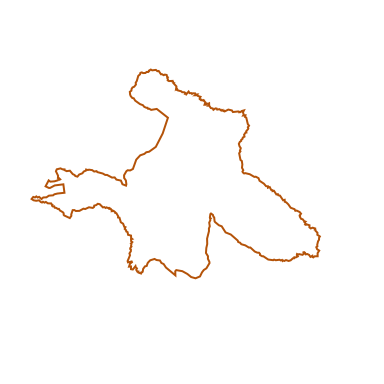 the district of Sekyere Afram Plains North, Ashanti, Ghana, rotated 26°
{"feature_id": "2480657B37542209080123", "entity_name": "Sekyere Afram Plains North", "entity_type": "district", "adm_level": 2, "iso_a3": "GHA", "parent_name": "Ghana", "parent_adm1": "Ashanti", "projection": "orthographic", "projection_center": [-0.752, 7.211], "detail": "fine", "context": "isolated", "style": "outline", "palette": "amber", "viewbox_px": 384, "rotation_deg": 26, "n_neighbors": 0, "source": "geoboundaries", "source_scale": "gbopen_adm2", "svg_char_len": 6031}
<svg xmlns="http://www.w3.org/2000/svg" viewBox="0 0 384 384"><g transform="rotate(26 192 192)"><path d="M57.9,251.1L61.6,251.1L62.6,250.6L65.7,246.3L73.0,241.5L77.7,248.6L71.7,252.4L69.3,254.4L68.6,255.9L65.0,258.0L63.5,260.6L60.7,262.1L59.8,264.3L56.7,263.4L55.7,264.6L54.0,264.2L53.3,265.7L51.5,266.0L50.9,268.6L53.2,268.9L55.8,268.2L58.2,266.5L60.4,267.3L61.8,267.2L62.3,266.1L64.1,266.2L65.0,265.0L67.4,265.4L70.4,264.0L71.5,264.8L72.1,264.7L72.3,265.7L73.2,266.0L74.5,265.3L75.5,266.3L77.0,265.8L78.7,266.1L79.8,265.5L81.3,266.5L84.8,266.8L85.9,267.3L86.7,268.8L87.4,269.1L93.6,269.0L94.0,266.3L93.3,265.1L92.7,260.6L94.2,259.8L95.9,260.0L99.1,258.3L101.7,254.6L103.5,254.1L106.1,250.9L109.8,249.8L110.5,248.4L110.1,247.1L111.6,245.8L112.5,243.9L114.4,243.4L118.7,244.9L119.8,244.0L121.4,244.2L121.9,243.3L123.9,243.2L124.4,242.6L125.7,242.7L125.6,243.2L126.6,242.9L127.1,243.4L128.5,243.4L128.5,244.3L130.0,243.4L131.8,243.8L132.1,244.4L133.3,244.2L136.2,246.1L136.7,247.3L138.1,246.9L141.3,250.4L144.0,250.7L146.4,253.0L147.6,252.8L147.7,254.7L149.6,255.3L150.2,256.3L151.7,256.3L153.3,258.5L156.3,257.9L157.5,260.1L158.8,260.4L157.9,261.2L158.9,262.9L160.3,263.2L159.8,264.8L160.2,264.8L160.9,267.3L161.5,267.6L161.1,269.5L161.4,270.3L162.3,270.5L163.0,272.0L162.7,274.6L164.0,276.0L164.4,282.3L165.3,283.3L168.2,280.9L168.8,281.4L167.7,283.5L168.1,286.7L169.8,285.7L171.0,288.1L172.8,287.6L173.7,283.4L174.6,284.5L176.0,284.8L176.0,286.4L177.9,287.6L178.7,287.0L179.2,287.9L181.9,287.6L181.7,286.4L182.5,285.9L182.6,285.2L181.8,282.5L182.3,279.5L183.7,278.3L183.3,275.5L183.6,274.0L184.4,271.7L187.7,268.6L189.9,268.7L193.2,267.6L195.6,269.2L198.1,269.2L201.7,271.3L213.6,274.2L211.7,270.6L212.1,269.1L218.0,267.4L223.8,267.7L228.5,268.8L233.0,268.0L236.2,264.4L236.2,259.9L236.8,256.9L238.4,254.3L238.9,248.2L238.2,247.1L235.6,245.1L234.5,242.7L231.3,240.7L229.4,236.0L228.5,232.1L226.0,227.3L224.4,219.7L223.2,217.4L223.0,215.0L220.9,212.0L220.8,209.1L219.7,207.7L220.1,207.4L219.2,207.0L218.2,203.8L218.5,203.0L220.8,203.4L222.1,204.8L223.1,205.1L225.1,208.4L225.9,208.9L230.8,210.1L233.7,209.8L239.9,213.6L245.5,213.2L254.4,215.6L255.5,216.7L257.4,216.5L259.2,217.3L263.3,216.6L267.5,217.0L268.8,216.3L274.5,218.0L277.2,217.9L278.9,217.2L280.2,217.8L280.7,218.8L283.3,219.0L284.3,218.5L290.1,219.3L294.9,217.7L295.4,216.8L297.2,216.6L300.4,214.5L301.8,214.6L302.7,213.6L303.6,214.2L303.8,213.6L305.2,213.5L306.3,212.0L309.1,211.6L310.6,210.2L311.8,207.3L312.8,206.8L312.6,205.8L313.9,205.4L315.3,203.5L313.8,202.7L313.6,201.7L314.9,201.7L315.5,200.9L318.9,200.0L319.6,198.5L318.6,197.4L319.1,196.9L320.3,197.1L321.5,198.2L322.8,197.2L324.8,197.2L326.9,198.4L328.1,196.6L328.8,197.6L329.7,197.6L330.3,196.1L333.1,194.7L331.7,191.9L332.0,188.9L329.6,188.6L327.9,187.1L328.5,185.8L327.7,184.6L326.9,181.1L327.1,179.2L326.3,177.5L326.4,175.9L323.4,175.5L322.6,173.6L320.0,172.7L319.4,171.7L318.8,171.9L318.6,170.8L316.1,171.2L314.7,172.7L313.0,172.3L312.2,170.4L309.3,170.8L308.8,171.6L308.0,171.6L308.2,170.7L306.3,169.8L306.8,168.9L305.6,169.0L303.4,168.0L301.8,168.3L299.7,166.9L299.7,166.2L299.0,165.8L299.5,163.7L297.5,162.8L294.2,162.8L293.1,163.6L291.7,162.5L287.6,162.9L284.0,160.9L281.3,160.0L279.7,160.1L278.7,158.4L277.5,159.5L272.7,156.7L270.9,157.1L270.1,156.3L268.9,157.2L265.2,155.0L264.0,155.9L263.5,155.1L262.2,155.4L259.7,153.5L258.4,154.8L257.8,153.6L256.0,154.3L253.0,153.0L247.8,152.3L245.7,150.4L242.6,150.3L241.4,151.1L236.1,150.7L231.6,151.7L230.7,152.5L229.1,152.1L228.4,151.5L228.5,149.9L226.3,148.3L225.2,145.2L223.2,142.3L221.5,141.9L217.4,136.5L217.7,134.3L217.0,134.0L216.6,131.2L214.7,130.1L213.0,128.2L213.0,126.0L213.8,124.5L213.4,123.6L214.1,122.1L213.8,120.8L214.9,119.2L213.7,117.7L214.1,115.1L214.8,114.7L214.1,113.6L214.8,110.9L214.7,110.1L213.8,109.3L214.2,107.4L212.4,106.5L208.2,101.4L206.8,101.3L206.4,99.6L204.5,100.8L204.6,99.8L202.9,98.1L202.9,95.9L201.1,97.5L200.6,98.9L199.5,99.6L199.3,99.2L198.3,99.3L193.7,102.2L192.1,101.2L188.5,102.0L186.0,105.3L185.2,105.4L185.0,104.9L183.9,105.4L183.6,105.0L183.0,105.8L182.2,105.5L182.0,105.9L180.4,105.5L178.5,106.9L177.6,106.2L176.4,106.6L175.2,108.7L174.0,107.8L172.1,108.3L169.6,106.8L168.7,107.3L169.0,105.7L168.5,104.8L167.8,105.7L166.4,106.0L166.4,107.4L165.0,108.1L164.7,105.5L162.8,104.9L162.7,104.4L161.7,104.4L161.5,105.0L159.9,105.5L159.5,104.9L158.3,105.2L157.8,104.4L157.9,102.7L155.3,103.1L154.8,102.5L152.4,103.7L152.9,102.7L152.6,102.9L151.6,102.0L149.5,102.9L149.0,103.8L148.1,103.4L146.5,104.2L144.9,103.2L144.0,106.8L143.1,106.3L142.7,106.6L142.6,105.9L141.5,105.7L139.4,106.6L138.2,106.2L134.7,106.9L133.8,106.2L133.5,106.6L132.8,105.7L132.5,106.4L131.7,103.9L128.1,102.5L128.1,102.0L127.4,102.2L126.6,101.1L125.4,101.3L125.4,100.9L122.7,102.4L121.2,102.3L121.0,101.3L119.8,100.4L120.0,99.5L119.1,99.3L117.9,97.9L116.1,98.4L115.4,99.4L113.2,99.3L112.5,99.8L109.0,97.8L107.9,98.6L106.0,98.1L102.9,100.1L101.3,100.0L100.1,101.8L100.5,102.2L100.0,103.4L98.6,104.0L97.9,105.5L95.8,106.6L94.5,106.5L93.4,107.5L93.7,109.1L92.8,111.1L93.7,116.4L93.5,118.5L94.5,120.0L93.9,122.7L92.7,124.1L92.5,125.8L93.1,127.5L92.2,129.2L93.7,131.6L94.9,132.7L97.2,133.7L98.5,133.3L100.9,134.8L106.8,135.8L109.8,135.5L111.8,136.4L114.2,136.3L115.1,135.8L116.1,136.5L117.1,135.9L119.3,136.1L123.9,132.8L137.8,135.8L140.0,152.2L139.7,167.3L135.8,174.6L133.5,176.3L132.5,178.6L129.4,181.7L127.7,187.3L128.8,197.2L127.0,199.7L124.6,200.7L123.9,202.1L123.6,206.7L124.9,209.2L127.5,210.6L129.6,213.8L129.9,215.2L126.1,215.5L123.1,212.9L118.6,214.0L116.1,212.8L113.8,214.1L108.2,213.9L106.5,214.7L103.7,214.5L98.2,215.6L97.1,215.1L95.1,216.5L92.7,216.1L89.6,217.1L88.8,217.9L87.0,218.2L87.3,219.2L85.7,221.1L85.3,223.2L82.9,225.8L82.3,228.4L80.1,228.8L79.1,228.2L77.0,228.2L72.9,226.4L70.2,228.2L67.6,228.2L67.4,227.6L65.7,228.4L63.5,228.4L60.5,230.9L60.6,233.0L64.5,236.1L65.3,238.1L66.1,237.8L68.0,238.4L67.6,239.0L66.5,238.8L66.3,240.3L63.7,242.7L60.1,244.8L58.1,244.4L57.9,251.1Z" fill="none" stroke="#b45309" stroke-width="2"/></g></svg>